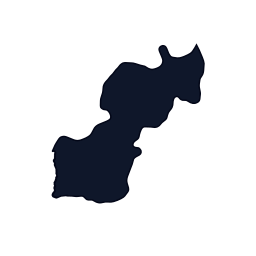 Montellano, Puerto Plata, Dominican Republic (orthographic projection), rotated 247°
{"feature_id": "3306468B77556762591061", "entity_name": "Montellano", "entity_type": "district", "adm_level": 2, "iso_a3": "DOM", "parent_name": "Dominican Republic", "parent_adm1": "Puerto Plata", "projection": "orthographic", "projection_center": [-70.594, 19.696], "detail": "fine", "context": "isolated", "style": "filled", "palette": "ink", "viewbox_px": 256, "rotation_deg": 247, "n_neighbors": 0, "source": "geoboundaries", "source_scale": "gbopen_adm2", "svg_char_len": 4521}
<svg xmlns="http://www.w3.org/2000/svg" viewBox="0 0 256 256"><g transform="rotate(247 128 128)"><path d="M91.6,35.3L91.6,39.7L89.8,45.5L89.4,45.4L87.4,49.8L85.4,53.4L84.8,54.9L83.9,57.9L83.3,59.3L82.9,59.8L82.3,60.3L81.1,60.9L79.3,61.6L78.2,62.3L77.4,63.4L76.3,66.0L75.6,67.2L72.3,69.9L71.3,71.1L70.4,72.4L69.8,74.0L68.9,78.2L68.3,79.7L66.6,83.4L66.0,86.1L65.7,90.0L65.8,93.9L66.2,96.7L66.8,98.4L69.1,102.4L70.0,103.6L70.6,104.1L71.3,104.5L72.9,105.0L77.4,105.5L79.2,105.9L80.1,106.2L81.8,107.1L83.3,108.2L84.7,109.5L93.2,117.7L97.1,120.8L97.6,121.4L98.2,122.9L98.5,124.5L98.8,127.8L99.3,129.3L99.9,130.0L100.5,130.5L101.9,131.0L102.6,131.0L104.0,130.7L105.3,130.1L105.7,129.6L107.0,127.4L107.8,126.4L108.4,126.1L109.0,125.8L109.7,125.7L110.4,125.8L111.0,126.1L112.1,126.9L112.9,128.1L113.4,129.6L114.1,132.5L114.8,133.8L115.8,134.7L117.7,136.0L119.5,137.5L121.2,139.2L122.2,140.4L122.8,141.8L122.9,142.5L122.7,143.9L120.1,149.5L118.2,152.9L117.8,154.5L117.7,155.3L117.8,156.2L118.1,157.8L119.8,161.3L121.1,165.9L121.9,167.2L122.4,167.7L124.7,169.5L126.4,171.1L127.3,172.4L128.9,175.3L129.9,176.6L131.7,178.1L135.1,179.9L136.3,180.8L137.4,181.8L137.7,182.4L138.0,183.1L138.2,183.8L138.2,184.6L138.0,185.3L137.6,185.9L137.1,186.4L136.6,186.7L134.2,187.5L133.2,188.2L132.3,189.2L131.2,191.7L130.4,192.9L127.0,195.5L125.5,197.3L124.8,198.8L124.6,199.6L124.5,201.2L124.7,202.9L125.0,203.6L125.4,204.3L126.6,205.3L131.3,207.9L132.8,208.4L137.9,209.5L139.5,210.1L140.9,210.8L144.2,212.8L145.4,213.7L147.5,216.7L148.5,217.9L149.7,218.9L151.1,219.8L157.6,223.1L160.4,223.7L164.2,223.9L171.9,223.9L177.7,223.5L175.8,221.1L173.5,217.7L172.7,216.2L172.2,214.4L171.9,211.5L171.8,207.6L172.0,204.8L172.3,202.9L172.6,202.0L173.2,200.5L175.2,197.2L176.1,196.0L176.7,195.5L177.4,195.1L179.1,194.7L180.8,194.5L186.1,194.6L187.7,194.4L188.5,194.1L189.2,193.6L189.7,193.0L190.1,192.3L190.3,191.6L190.3,190.1L190.1,189.3L189.7,188.6L189.2,188.0L188.5,187.5L187.7,187.2L186.1,187.0L180.7,187.0L177.9,186.9L176.1,186.4L174.7,185.5L173.5,184.4L173.0,183.7L172.2,182.1L171.9,181.1L171.7,179.2L171.7,177.3L171.9,175.4L172.3,173.5L172.7,172.6L173.6,171.2L175.2,169.6L178.2,167.5L181.0,163.7L183.9,160.3L185.6,158.1L186.4,156.6L189.2,150.8L189.6,149.2L189.7,148.4L189.4,146.7L188.9,145.2L187.4,142.5L186.1,139.4L183.7,135.2L182.4,132.0L180.4,128.4L179.1,125.5L178.2,124.0L177.2,122.8L176.0,121.7L174.6,120.9L171.6,119.3L170.1,118.3L166.6,115.3L165.2,114.2L163.7,113.4L159.5,111.5L158.1,111.1L157.4,111.1L156.8,111.3L155.6,112.0L154.6,112.9L153.2,115.2L152.7,115.7L152.1,116.1L150.7,116.7L148.3,117.1L145.9,116.9L144.4,116.3L143.8,115.8L143.2,115.1L142.9,114.3L142.6,112.6L142.5,110.8L142.6,103.3L142.5,101.4L142.1,99.6L141.8,98.7L141.0,97.1L137.6,92.9L136.6,91.4L136.2,90.6L135.9,89.8L135.5,88.0L135.2,85.3L135.2,82.6L135.3,79.9L135.6,78.2L136.1,76.5L137.0,74.9L138.1,73.5L143.1,68.5L144.3,67.2L145.2,65.8L145.7,64.1L145.8,62.4L145.6,61.6L144.9,60.1L142.6,56.7L140.7,54.2L136.3,49.5L136.1,49.5L136.1,50.6L135.8,50.6L135.8,51.0L135.4,51.0L135.4,51.3L135.1,51.3L135.1,51.7L133.7,51.7L133.7,51.3L133.0,51.3L133.0,51.0L132.7,51.0L132.7,50.6L132.0,50.6L132.0,50.2L131.3,50.2L131.3,49.9L130.3,49.9L130.3,49.5L129.6,49.5L129.6,49.1L128.6,49.1L128.6,48.8L128.2,48.8L128.2,48.4L127.9,48.4L127.9,48.1L127.6,48.1L127.6,47.3L127.2,47.3L127.2,47.0L126.5,47.0L126.5,46.6L125.8,46.6L125.8,47.0L123.8,47.0L123.8,46.6L123.1,46.6L123.1,46.2L122.1,46.2L122.1,45.9L121.1,45.9L121.1,46.2L120.4,46.2L120.4,45.9L117.3,45.9L117.3,45.5L116.3,45.5L116.3,45.1L115.3,45.1L115.3,44.8L114.6,44.8L114.6,44.4L113.9,44.4L113.9,44.1L111.5,44.1L111.5,43.7L111.1,43.7L111.1,43.3L110.8,43.3L110.8,43.0L110.5,43.0L110.5,42.6L110.1,42.6L110.1,42.2L109.4,42.2L109.4,41.9L108.8,41.9L108.8,41.5L108.4,41.5L108.4,41.1L107.7,41.1L107.7,40.4L107.4,40.4L107.4,40.1L107.0,40.1L107.0,39.7L106.7,39.7L106.7,39.3L106.4,39.3L106.4,39.0L106.0,39.0L106.0,38.6L104.7,38.6L104.7,38.2L104.0,38.2L104.0,38.6L103.3,38.6L103.3,38.2L103.0,38.2L103.0,37.9L102.6,37.9L102.6,37.5L102.3,37.5L102.3,37.2L101.9,37.2L101.9,36.8L100.9,36.8L100.9,36.4L98.9,36.4L98.9,36.1L98.5,36.1L98.5,35.7L98.2,35.7L98.2,35.3L97.8,35.3L97.8,34.6L97.5,34.6L97.5,33.9L97.1,33.9L97.1,33.5L96.8,33.5L96.8,33.2L96.5,33.2L96.5,32.8L96.1,32.8L96.1,32.4L95.4,32.4L95.4,32.1L94.8,32.1L94.8,32.4L94.1,32.4L94.1,32.8L93.7,32.8L93.7,33.2L93.4,33.2L93.4,33.5L93.0,33.5L93.0,33.9L92.7,33.9L92.7,34.2L92.4,34.2L92.4,34.6L92.0,34.6L92.0,34.9L91.9,34.9L91.7,35.0L91.7,35.3L91.6,35.3Z" fill="#0f172a" stroke="#020617" stroke-width="1.5"/></g></svg>